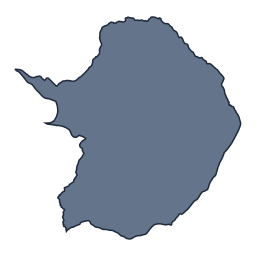 outline of Miraflores, Boyacá, Colombia
{"feature_id": "7082276B88451081868443", "entity_name": "Miraflores", "entity_type": "district", "adm_level": 2, "iso_a3": "COL", "parent_name": "Colombia", "parent_adm1": "Boyacá", "projection": "natural_earth1", "projection_center": [-73.201, 5.152], "detail": "fine", "context": "isolated", "style": "filled", "palette": "slate", "viewbox_px": 256, "rotation_deg": 0, "n_neighbors": 0, "source": "geoboundaries", "source_scale": "gbopen_adm2", "svg_char_len": 5646}
<svg xmlns="http://www.w3.org/2000/svg" viewBox="0 0 256 256"><path d="M66.4,231.4L67.3,230.2L70.9,227.6L71.4,227.4L73.4,227.1L74.6,226.3L76.0,225.7L79.6,224.4L80.0,223.9L80.6,222.7L81.0,222.4L82.5,221.8L87.1,220.7L88.4,220.7L89.3,221.0L89.7,221.4L90.1,222.0L90.6,223.5L91.0,223.9L91.9,224.6L92.9,225.0L94.3,226.2L95.4,226.9L96.7,227.3L98.1,227.4L99.8,227.9L101.7,228.9L103.0,229.4L106.3,229.5L110.5,230.4L111.8,230.3L112.6,230.4L115.1,231.8L117.1,232.6L117.8,233.0L118.9,233.8L120.7,235.6L121.1,235.6L122.2,236.2L124.1,236.6L125.6,237.9L126.8,238.5L129.7,239.0L131.3,238.7L134.6,236.8L135.8,236.2L138.0,235.7L140.2,235.6L142.4,235.0L143.3,234.7L145.0,234.4L146.1,233.9L146.8,233.3L150.2,228.7L152.3,226.4L153.8,225.1L155.9,224.2L157.6,223.9L160.2,223.8L165.7,224.9L166.4,224.8L167.2,224.5L169.3,224.3L170.2,224.9L171.0,225.1L171.3,225.0L171.6,224.6L171.8,223.0L172.3,222.1L173.1,221.2L174.5,220.5L175.6,218.7L177.9,216.2L179.6,213.8L180.2,213.8L181.8,214.2L182.7,213.7L187.9,209.1L194.2,201.1L197.0,199.5L198.2,198.0L200.3,194.5L201.7,192.5L202.6,191.8L204.6,191.1L205.6,190.5L206.9,189.9L207.7,189.1L208.4,187.4L209.6,183.5L210.2,182.3L213.2,177.6L214.3,176.5L214.8,176.2L215.8,174.8L216.1,173.9L217.9,167.4L218.4,166.0L218.8,165.3L219.4,163.4L222.3,157.8L223.6,154.5L224.3,152.5L226.8,149.9L230.9,144.4L232.2,142.3L234.9,137.3L238.4,130.5L240.2,125.9L240.6,124.0L240.6,122.9L240.1,121.1L239.3,118.4L238.9,116.8L237.4,113.9L236.4,112.8L235.9,111.4L234.6,109.7L234.2,108.3L233.7,107.8L233.7,107.3L232.9,106.5L231.7,106.4L231.0,105.5L230.2,105.5L230.0,104.9L229.8,104.8L229.3,105.0L228.9,104.7L228.9,103.4L229.2,102.3L228.5,101.8L228.0,100.7L227.6,99.2L226.7,97.9L226.0,96.0L224.8,93.6L224.3,90.1L223.2,87.5L221.7,85.8L221.6,84.5L221.7,83.8L222.7,81.7L223.9,78.9L223.9,78.0L222.7,76.1L221.9,75.4L221.4,74.7L219.4,72.7L218.6,71.3L217.3,69.7L215.9,68.8L210.8,64.1L209.3,63.6L207.2,63.8L206.8,63.6L206.4,62.0L206.2,61.4L203.6,59.7L202.9,59.0L202.0,57.6L201.3,57.5L200.7,57.8L200.1,57.8L198.6,57.7L197.5,56.8L195.7,56.4L195.3,56.2L193.1,52.2L191.5,51.3L189.3,48.8L188.3,46.9L188.0,45.2L187.4,44.3L184.8,43.4L184.5,43.1L183.4,41.2L182.8,39.3L181.6,37.4L180.9,37.1L179.3,37.5L178.8,37.1L177.9,35.5L177.6,34.1L177.2,33.1L176.2,31.8L175.3,31.1L174.0,30.5L173.5,30.1L173.1,29.6L172.4,28.0L171.8,27.1L171.1,26.7L170.1,26.0L169.8,25.5L168.3,23.9L167.5,23.7L165.2,23.6L164.1,23.0L163.4,22.9L162.6,21.9L161.5,20.9L161.2,20.2L160.8,18.6L160.5,18.3L159.3,17.9L159.0,18.7L158.6,18.9L154.8,17.2L152.6,17.0L151.4,17.1L150.8,17.4L150.4,18.2L150.2,18.5L149.2,19.0L148.8,19.3L148.3,20.4L147.8,20.7L147.6,21.2L147.1,21.4L145.5,20.6L144.0,21.0L141.7,20.0L140.9,20.0L139.3,20.7L137.9,20.0L135.9,20.3L135.2,20.2L134.8,20.0L134.1,19.3L133.8,18.5L133.5,18.2L131.8,18.1L131.1,17.8L129.5,17.7L128.0,17.1L127.7,17.3L127.5,17.7L126.7,17.9L126.1,17.8L125.6,18.1L125.3,18.8L125.6,20.2L125.3,21.1L123.7,21.9L122.5,22.1L122.0,21.7L118.7,21.3L118.2,21.5L117.8,22.0L116.8,22.2L116.1,23.0L115.4,22.9L114.5,23.3L113.9,23.2L113.5,22.6L111.0,22.2L109.0,23.4L107.8,24.9L107.0,25.3L106.1,25.4L103.4,26.6L102.2,27.5L101.7,28.9L100.5,31.2L99.9,33.3L100.0,34.8L99.9,36.0L99.7,36.7L99.6,38.3L100.5,41.6L101.5,43.6L101.6,44.5L101.5,45.6L100.5,46.8L99.6,49.1L99.4,49.8L99.4,50.2L99.6,51.4L99.6,53.4L99.5,53.6L98.7,54.5L97.7,55.9L97.0,56.7L95.9,56.7L95.7,56.9L95.6,57.6L94.8,58.1L94.2,58.4L93.0,59.7L92.8,60.1L92.6,62.8L91.7,65.4L91.0,66.3L89.6,67.2L89.0,67.7L87.7,70.0L86.8,70.7L84.5,73.3L81.4,76.1L80.7,76.9L79.1,77.5L78.6,78.2L77.0,79.7L75.0,80.9L73.8,81.2L71.7,81.2L70.9,80.9L68.4,80.5L66.5,80.5L65.3,80.9L63.3,81.0L62.3,81.4L60.6,82.7L59.2,83.4L58.5,84.2L58.0,85.0L57.3,85.7L56.7,86.1L56.3,86.1L50.0,79.8L48.0,78.0L47.0,78.1L46.4,78.3L45.5,79.8L44.5,80.4L43.9,79.7L41.9,78.3L41.0,76.8L40.0,76.2L39.3,76.1L38.8,76.3L36.4,76.6L34.7,77.4L33.3,77.6L31.5,77.3L29.9,76.6L28.6,75.8L26.7,74.1L25.8,73.6L23.0,71.2L21.4,70.2L20.4,69.8L19.0,69.5L16.6,69.4L15.8,69.2L15.4,69.4L16.3,70.6L18.9,71.9L19.5,72.4L23.7,77.3L27.4,82.1L28.5,82.8L30.5,83.6L32.1,84.6L33.6,86.3L34.9,88.2L37.1,90.8L38.4,91.9L42.6,96.5L44.0,97.5L45.6,98.3L47.8,98.7L48.9,98.7L54.7,100.9L56.0,101.7L57.3,105.9L57.7,109.1L57.8,110.7L57.6,112.9L56.9,115.4L56.5,116.6L54.6,120.0L53.3,121.4L51.3,122.5L49.4,122.9L45.5,123.1L47.1,124.0L47.7,124.1L51.9,124.6L56.6,125.5L58.9,125.5L62.5,126.2L65.8,127.6L68.7,129.3L69.4,129.9L70.3,131.5L71.7,134.9L72.8,136.3L73.7,137.0L75.1,137.3L76.3,137.2L77.3,136.7L78.7,135.6L79.3,135.5L81.9,136.2L83.0,136.7L85.7,138.3L85.7,138.6L84.7,139.6L82.6,140.8L81.7,141.7L80.8,142.7L79.7,144.6L79.8,144.9L79.8,146.1L80.3,147.1L82.3,148.4L82.4,149.0L82.4,150.4L82.6,151.1L83.7,153.1L83.8,153.5L83.3,154.5L82.9,155.1L82.4,156.4L82.2,156.5L81.8,157.3L81.3,157.7L80.4,158.9L79.3,159.9L79.0,160.4L78.5,161.9L78.2,163.7L77.2,165.5L76.7,167.4L76.5,169.9L75.8,172.2L76.0,172.8L77.0,174.6L77.0,175.3L76.2,176.2L75.7,177.7L75.0,178.0L74.8,178.2L74.8,179.0L74.0,179.4L73.9,179.7L73.6,181.8L73.3,182.1L71.8,182.9L70.2,184.0L69.5,184.6L69.0,185.4L68.5,186.0L67.0,186.8L64.5,187.7L64.4,188.4L64.7,189.7L64.4,191.1L64.0,191.5L63.2,191.6L62.4,192.3L61.1,193.5L60.7,194.5L60.4,194.9L59.8,194.8L59.3,195.0L59.3,195.9L58.4,196.6L57.9,197.4L57.9,197.8L58.3,198.4L59.0,198.9L59.4,199.5L59.6,202.3L60.3,203.6L60.1,204.9L60.5,205.3L60.9,205.2L61.1,205.5L61.1,206.6L61.2,206.9L61.5,207.2L62.2,207.5L62.9,208.5L64.2,209.2L64.5,209.8L64.3,210.5L63.5,211.7L63.2,212.7L63.6,214.9L62.9,215.8L62.7,216.3L62.7,217.3L63.8,220.1L63.9,220.7L63.1,221.4L62.9,221.9L63.4,222.9L63.1,223.6L63.1,223.9L63.2,224.2L63.9,224.6L63.6,225.3L63.5,225.9L64.1,226.5L65.5,227.0L65.7,227.3L66.4,231.4Z" fill="#64748b" stroke="#1e293b" stroke-width="1.5"/></svg>